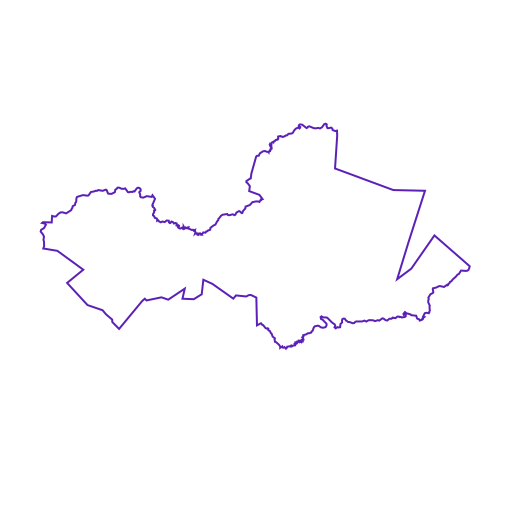 the district of Guazapares, Chihuahua, Mexico, rotated 70°
{"feature_id": "50627088B41160279042816", "entity_name": "Guazapares", "entity_type": "district", "adm_level": 2, "iso_a3": "MEX", "parent_name": "Mexico", "parent_adm1": "Chihuahua", "projection": "mercator", "projection_center": [-108.298, 27.372], "detail": "fine", "context": "isolated", "style": "outline", "palette": "violet", "viewbox_px": 512, "rotation_deg": 70, "n_neighbors": 0, "source": "geoboundaries", "source_scale": "gbopen_adm2", "svg_char_len": 6141}
<svg xmlns="http://www.w3.org/2000/svg" viewBox="0 0 512 512"><g transform="rotate(70 256 256)"><path d="M151.8,445.7L153.3,443.4L154.7,442.7L157.3,445.7L157.9,448.9L159.4,450.0L162.8,448.8L165.3,448.6L168.2,450.2L170.0,450.3L174.2,451.7L176.2,453.3L183.2,440.9L209.8,423.0L216.7,442.7L244.5,431.1L254.5,418.7L259.5,416.9L266.5,412.9L268.9,413.6L277.7,409.6L259.4,378.4L258.1,375.1L260.3,374.1L262.5,359.0L267.0,353.4L262.3,334.1L271.0,339.7L275.3,329.3L273.4,320.1L260.3,313.6L267.3,306.5L288.3,291.9L286.2,288.3L290.7,279.0L290.3,276.3L290.9,274.1L295.2,269.9L321.5,278.8L320.9,274.3L323.0,273.6L323.4,272.9L327.0,271.7L327.7,271.1L327.9,269.7L328.6,269.3L329.4,269.8L330.1,269.7L331.3,268.6L333.7,268.4L334.4,267.9L337.5,267.9L339.8,266.4L340.8,267.1L343.1,267.5L343.5,266.8L347.3,264.7L349.7,264.2L350.5,264.6L350.0,262.4L350.7,262.6L351.5,261.8L351.3,260.4L353.2,259.6L352.7,259.1L352.8,258.4L351.9,257.7L352.4,255.0L352.8,254.7L352.2,253.6L353.2,253.3L352.8,252.3L353.3,249.9L352.3,249.8L352.6,249.4L352.2,248.1L351.1,248.9L350.6,248.7L350.7,248.0L351.8,247.0L351.5,246.6L350.5,246.4L350.9,245.3L350.1,244.8L350.6,243.9L351.2,244.9L351.9,244.6L351.7,243.5L352.6,242.8L351.8,242.1L352.3,241.3L351.7,241.0L351.2,241.4L350.7,242.5L350.3,241.7L350.8,240.0L349.3,239.8L348.2,240.3L347.8,238.9L346.6,238.8L346.8,235.3L346.3,233.8L346.8,232.5L346.8,230.2L346.1,229.8L345.6,228.4L342.8,226.0L342.2,224.9L342.6,221.7L343.6,220.5L345.1,219.6L346.4,217.5L346.6,214.9L345.3,213.4L343.8,212.9L338.6,215.2L337.5,216.4L335.5,216.2L335.1,215.1L336.5,214.1L338.1,210.4L338.9,209.9L344.5,207.3L347.3,205.4L348.8,205.4L349.8,206.6L351.2,205.9L350.7,203.8L351.3,203.2L351.7,201.3L348.8,199.9L347.9,197.8L345.7,197.1L344.9,196.4L344.7,195.3L345.3,194.0L347.3,193.5L349.5,192.0L350.1,190.6L352.2,188.2L352.6,186.8L351.8,185.2L351.8,184.3L353.8,178.6L353.8,176.2L355.3,174.8L354.9,172.2L355.3,170.7L356.6,167.7L357.9,166.5L358.0,163.4L358.9,162.4L357.8,158.6L358.5,157.5L360.6,156.2L361.5,154.8L360.6,152.1L361.3,150.1L360.7,148.8L361.2,148.4L361.1,147.7L362.1,146.2L361.3,143.9L361.9,142.3L362.5,142.0L362.8,140.7L363.6,140.1L364.2,137.1L363.8,135.9L362.7,135.6L361.8,135.8L361.9,137.2L360.9,137.3L359.6,135.2L361.8,133.9L361.9,133.2L363.9,130.6L364.7,130.4L366.9,125.9L369.6,126.0L370.3,125.7L371.3,124.3L372.7,124.2L372.7,121.8L372.6,121.4L372.2,121.6L371.9,120.6L371.5,120.6L370.9,118.7L370.1,119.7L367.5,117.0L367.7,115.1L368.9,113.2L368.4,112.5L367.7,112.3L366.7,111.3L363.2,110.4L362.1,109.7L358.6,110.0L356.9,109.5L355.6,108.4L354.1,108.3L351.6,105.2L351.3,102.6L350.8,101.8L347.5,101.2L346.9,100.8L347.3,97.2L346.9,94.5L347.3,93.2L349.4,89.9L348.7,87.5L349.0,86.4L348.5,86.2L348.8,85.4L348.1,84.9L347.8,83.6L346.7,82.6L346.5,80.9L345.3,79.2L343.9,75.5L342.4,73.0L342.3,71.5L339.8,68.3L341.8,63.9L342.1,62.4L341.8,61.2L340.3,59.7L338.7,58.7L297.7,81.3L321.0,114.4L326.1,131.3L296.0,108.6L252.5,74.9L241.0,104.4L200.8,151.8L170.8,138.6L165.9,137.0L165.7,138.8L163.8,140.9L162.3,140.7L161.0,141.5L160.8,143.8L160.3,145.1L157.9,145.3L156.6,144.5L155.5,145.3L155.5,146.9L157.6,149.9L158.0,152.2L156.8,153.9L156.6,155.8L155.7,157.9L152.4,161.5L152.3,162.9L153.0,163.9L153.1,164.7L148.4,167.7L147.4,169.6L147.4,170.3L148.2,171.3L148.9,171.4L150.0,170.3L150.7,170.9L151.0,171.5L150.0,172.1L149.8,172.7L149.9,174.9L151.0,177.1L152.8,179.2L153.1,180.6L152.3,183.7L153.2,185.5L152.9,187.0L153.3,187.8L153.3,189.9L153.1,190.5L152.4,190.9L152.2,191.8L151.6,192.1L151.3,194.4L153.5,195.0L153.9,195.5L153.6,195.9L154.0,196.4L153.7,197.8L154.5,199.0L154.4,200.1L155.3,200.8L154.7,201.3L154.9,202.8L156.6,203.4L156.8,204.0L156.2,204.4L156.8,204.5L156.6,205.0L157.6,205.0L158.2,204.0L158.9,204.2L158.7,204.8L160.4,204.6L160.4,205.6L161.2,205.8L161.3,206.7L162.3,207.0L162.2,208.3L162.8,208.6L162.4,208.7L162.0,209.9L160.5,211.5L160.0,213.7L160.9,217.3L162.7,219.1L162.2,221.0L162.7,221.9L177.0,232.2L181.3,234.4L181.3,235.4L182.3,239.4L183.5,239.8L184.8,238.9L188.3,237.9L192.7,240.2L199.7,231.9L204.7,230.4L204.5,231.6L205.1,231.7L205.3,232.2L205.0,232.6L206.4,234.3L205.7,234.9L204.7,237.3L204.2,241.0L206.0,244.4L206.0,248.9L207.7,249.8L209.2,252.7L210.9,254.2L210.8,254.8L208.3,256.1L208.0,256.9L208.5,259.5L210.1,261.2L210.3,262.2L208.9,263.5L208.5,267.4L207.8,268.4L206.7,268.7L205.8,273.3L206.3,275.3L208.0,277.8L208.2,278.6L209.5,279.3L210.0,280.5L212.6,283.4L212.9,286.0L214.0,289.2L215.7,290.1L215.6,292.5L216.1,293.1L215.9,294.3L216.8,295.5L215.8,297.5L216.6,298.5L216.9,299.7L217.5,299.6L217.2,300.4L216.2,300.3L215.6,300.7L215.3,302.3L216.4,302.5L216.5,303.1L215.9,303.7L215.3,303.1L214.7,303.4L214.4,304.5L213.7,304.6L214.1,305.6L213.0,304.8L211.6,304.7L211.4,305.2L210.6,304.5L210.6,306.0L209.8,306.3L209.5,307.5L206.9,310.3L205.9,309.6L205.8,310.2L206.4,311.0L205.9,311.5L206.0,312.0L205.2,312.4L205.8,313.5L203.5,313.9L205.2,314.5L205.7,315.2L204.9,315.6L204.6,314.7L204.0,314.9L204.3,317.7L203.9,318.5L202.6,319.4L201.7,318.1L201.3,318.0L200.9,319.3L200.2,319.0L199.9,320.2L198.3,319.4L197.4,320.4L197.4,322.0L195.8,322.4L194.7,323.7L195.7,325.2L195.6,325.7L194.6,326.3L193.0,325.9L192.1,327.8L192.9,330.2L191.6,332.1L191.8,333.9L190.4,335.2L188.8,335.8L189.0,336.8L187.7,336.3L186.7,336.5L185.5,338.1L183.9,338.0L182.6,338.9L181.4,338.4L180.0,336.7L178.5,336.3L178.4,335.0L178.1,334.9L175.9,335.3L174.5,336.2L173.8,336.2L173.3,335.7L172.7,336.0L167.7,331.3L163.5,332.5L164.8,333.8L162.4,338.2L162.6,341.9L161.4,344.1L160.3,344.5L158.7,343.8L156.1,343.9L155.3,342.1L153.7,341.6L152.3,342.2L151.5,343.3L151.6,344.8L153.8,348.1L153.2,349.1L153.6,350.0L152.7,352.3L152.7,353.6L152.2,354.5L147.7,355.8L147.7,357.2L146.8,359.4L145.0,361.1L144.4,362.8L145.1,363.7L145.6,365.5L147.8,366.9L148.2,370.5L147.3,372.7L146.6,373.7L143.0,373.8L142.3,374.4L142.3,377.8L140.1,381.7L140.4,383.2L139.9,384.0L139.9,386.4L139.4,389.2L141.8,392.7L141.6,393.9L139.6,397.7L139.3,403.2L139.3,403.9L140.3,405.0L143.5,406.4L144.4,407.7L146.1,408.6L146.5,411.2L148.0,412.1L148.6,413.1L149.7,413.9L151.0,419.8L148.6,423.2L148.2,425.0L148.8,427.3L150.4,430.5L150.0,431.9L148.6,433.9L154.6,436.5L151.4,444.6L151.8,445.7Z" fill="none" stroke="#5b21b6" stroke-width="2"/></g></svg>